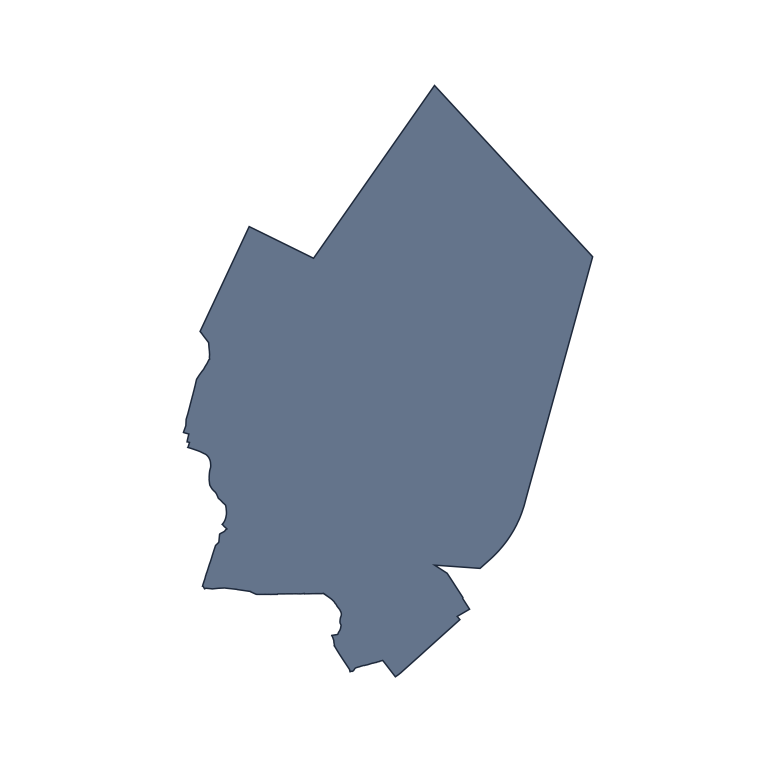 outline of Westvoorne, Zuid-Holland, Netherlands, rotated 126°
{"feature_id": "6326949B61212698350093", "entity_name": "Westvoorne", "entity_type": "district", "adm_level": 2, "iso_a3": "NLD", "parent_name": "Netherlands", "parent_adm1": "Zuid-Holland", "projection": "orthographic", "projection_center": [4.123, 51.889], "detail": "fine", "context": "isolated", "style": "filled", "palette": "slate", "viewbox_px": 768, "rotation_deg": 126, "n_neighbors": 0, "source": "geoboundaries", "source_scale": "gbopen_adm2", "svg_char_len": 5895}
<svg xmlns="http://www.w3.org/2000/svg" viewBox="0 0 768 768"><g transform="rotate(126 384 384)"><path d="M614.2,202.7L610.5,201.4L608.9,201.0L607.6,200.6L606.5,200.4L579.1,194.5L574.6,193.6L530.0,184.1L529.0,188.2L515.9,182.4L511.3,194.2L510.4,194.6L502.4,215.3L500.3,220.9L500.0,221.6L500.8,236.5L498.8,233.4L476.7,197.9L462.8,194.9L460.3,194.4L457.9,194.0L455.3,193.6L451.5,193.1L450.1,193.0L445.3,192.6L440.1,192.4L437.6,192.4L434.5,192.5L432.3,192.6L431.0,192.7L429.6,192.8L428.3,192.9L426.0,193.1L423.0,193.5L420.1,193.9L417.2,194.5L414.9,194.9L412.6,195.4L410.3,196.0L408.0,196.6L405.7,197.3L403.5,198.0L401.2,198.7L399.0,199.5L392.8,201.9L381.7,206.1L350.4,217.8L337.6,222.6L330.9,225.1L328.7,225.9L302.9,235.6L226.0,264.5L158.4,290.0L147.0,347.3L112.8,518.6L323.7,514.9L335.9,585.6L419.3,569.5L424.1,568.6L449.6,563.7L450.0,562.2L449.9,562.2L450.0,561.8L450.1,561.4L450.3,561.0L450.5,560.5L451.5,557.3L453.0,552.2L453.2,551.6L453.5,550.6L453.5,550.4L453.7,550.1L454.1,549.8L456.4,547.8L456.8,547.5L458.7,545.8L460.6,544.1L460.9,543.9L462.7,542.4L463.8,541.7L465.1,540.9L465.3,540.7L466.4,539.7L466.6,539.6L467.1,539.9L467.5,539.9L471.5,539.2L473.6,539.1L475.8,538.9L477.8,538.6L478.3,538.6L479.1,538.6L480.7,538.7L483.4,538.7L483.7,538.7L484.1,538.7L485.3,538.7L488.9,538.5L490.3,538.4L490.9,538.2L496.7,535.7L497.8,535.3L500.4,534.2L502.8,533.3L505.4,532.2L506.1,532.0L507.4,531.5L508.3,531.1L510.5,530.3L511.4,529.9L513.8,529.0L514.5,528.7L517.5,527.5L518.8,527.0L522.9,525.4L523.3,525.2L524.6,524.8L528.9,523.3L534.2,519.8L541.1,517.8L541.1,517.7L540.5,516.0L539.5,513.4L539.4,512.9L539.2,512.5L545.2,510.0L546.6,509.3L546.3,508.8L545.6,507.0L548.8,505.9L550.4,505.4L550.6,505.4L549.7,502.8L549.1,500.9L548.9,500.3L548.5,499.0L547.2,494.7L547.1,494.1L546.8,493.2L546.4,490.7L546.2,489.6L546.1,488.9L545.8,487.6L545.7,486.8L545.7,486.0L545.9,484.6L546.1,483.9L546.3,483.1L546.6,482.4L547.0,481.5L547.4,480.9L547.8,480.2L548.3,479.5L548.9,478.8L549.4,478.3L551.5,476.5L552.3,475.9L553.0,475.5L553.7,475.1L554.3,474.9L555.2,474.6L555.6,474.4L556.7,474.0L557.4,473.6L558.7,472.9L560.6,471.7L562.0,470.8L563.0,470.0L564.0,469.4L564.9,468.6L566.2,467.4L567.0,466.7L567.7,466.0L568.1,465.6L568.4,465.1L568.6,464.6L569.3,463.1L569.7,462.1L570.0,461.2L570.2,460.5L570.3,459.7L570.5,458.7L570.6,457.5L570.8,456.5L571.1,455.7L571.5,454.7L571.7,454.4L572.5,453.0L573.8,450.9L573.9,450.5L573.9,450.3L573.9,449.4L574.0,448.6L574.1,447.8L574.3,446.7L574.6,445.2L574.8,444.1L574.8,443.4L575.1,441.4L575.2,440.9L575.5,440.5L576.0,440.0L577.6,438.4L577.9,438.2L578.9,437.3L580.3,436.1L580.9,435.7L581.7,435.1L582.2,434.8L584.1,433.9L585.2,433.4L586.4,433.0L587.5,432.7L588.4,432.5L589.0,432.4L590.3,432.3L591.1,432.3L592.7,432.4L592.7,432.1L592.8,431.2L593.2,429.6L593.3,428.6L593.3,428.2L593.6,425.9L594.1,426.1L595.0,426.4L595.4,426.4L595.7,426.4L596.0,426.4L596.5,426.4L597.3,426.6L598.2,427.0L600.2,428.0L601.0,428.4L601.5,428.6L601.8,428.7L602.1,428.7L602.4,428.6L602.7,428.4L603.9,427.7L608.6,424.9L609.0,424.7L609.3,424.7L609.6,424.7L610.4,424.8L613.2,425.3L613.5,425.3L614.0,425.3L614.5,425.1L618.9,423.7L623.1,422.3L623.8,422.1L624.2,421.9L627.4,420.8L627.8,420.7L628.3,420.5L629.2,420.2L632.0,419.4L632.5,419.3L633.2,419.0L634.8,418.5L637.1,417.7L639.0,417.1L640.5,416.6L640.8,416.5L641.1,416.5L641.4,416.4L641.8,416.3L642.8,415.9L644.2,415.5L646.3,414.6L647.5,414.2L648.9,413.8L652.3,412.7L654.1,412.0L654.0,411.9L654.3,410.7L654.5,410.3L655.2,408.8L653.9,408.0L651.0,403.1L650.9,402.7L646.6,397.9L642.6,392.9L642.1,391.9L636.6,382.3L636.6,382.0L632.4,374.0L630.3,370.0L630.5,369.7L629.3,363.9L628.8,363.0L627.6,361.3L625.4,358.3L624.2,356.7L622.7,354.6L621.8,353.4L620.8,351.9L619.4,350.1L616.8,346.5L616.1,346.4L612.8,341.8L612.3,341.1L611.2,339.7L608.0,335.3L605.5,332.0L604.1,329.9L603.8,329.5L603.4,329.0L603.3,328.7L602.4,327.6L601.9,327.0L601.7,326.7L601.4,326.5L601.2,326.4L601.0,326.2L600.7,325.7L600.4,325.5L600.7,325.1L600.4,324.8L600.1,324.5L599.1,323.1L598.4,322.2L597.5,321.0L596.3,319.4L596.1,319.2L594.1,316.5L593.0,315.0L590.1,311.0L589.0,310.0L589.1,309.7L589.1,309.4L589.1,308.9L589.0,307.8L588.9,307.9L588.9,306.5L589.0,306.5L588.9,304.2L588.9,303.3L588.9,301.8L588.9,301.0L589.0,299.1L589.2,298.1L589.3,297.1L589.5,296.2L589.6,295.9L589.7,295.7L589.9,295.5L590.3,294.1L590.3,293.9L590.3,293.7L590.5,293.2L590.7,292.7L591.4,291.3L592.3,288.1L592.4,287.7L592.6,287.1L593.0,286.4L593.4,285.6L593.8,284.8L594.1,284.5L594.3,284.1L594.7,283.7L595.3,283.2L595.9,282.8L596.2,282.6L596.5,282.5L598.1,282.0L598.6,281.9L599.2,281.6L600.4,281.0L601.1,280.6L601.7,280.2L602.1,280.0L602.4,279.7L602.7,279.5L603.0,279.2L603.4,278.7L604.0,277.5L604.1,277.3L604.3,277.1L604.5,276.9L604.7,276.7L604.9,276.6L605.2,276.5L607.3,275.5L607.8,275.3L608.3,275.2L608.8,275.0L609.2,275.0L609.6,274.9L611.5,274.8L612.1,274.7L612.5,274.6L613.4,274.3L613.6,274.3L613.8,274.4L614.1,274.5L616.0,276.4L617.5,277.9L617.6,278.0L618.1,278.5L618.3,278.4L618.2,278.2L618.3,277.9L619.3,276.3L620.1,275.2L620.7,274.3L621.0,273.9L621.3,273.6L622.2,272.9L622.8,272.3L625.1,269.9L625.2,270.0L625.3,269.6L627.2,265.1L628.9,260.9L630.7,256.2L631.9,253.0L632.3,251.9L634.8,245.2L635.1,244.4L635.4,243.9L635.5,243.7L636.0,243.3L636.1,243.1L636.5,242.7L636.7,242.3L636.1,242.2L635.6,241.5L635.2,240.8L634.6,240.5L633.9,240.2L633.3,240.2L632.6,240.2L631.7,240.3L631.2,240.3L630.5,240.1L629.8,239.7L629.0,239.1L628.6,238.8L628.0,238.4L627.8,238.1L626.7,237.3L625.2,236.3L625.1,236.1L624.0,235.4L623.9,235.3L623.4,234.5L623.3,234.4L622.2,233.6L621.7,233.1L621.2,232.6L620.9,232.4L620.7,232.2L619.9,231.6L619.3,231.2L616.5,229.1L616.1,228.6L614.8,227.6L613.6,226.4L613.4,226.3L612.9,226.1L612.4,225.7L612.1,225.4L611.5,224.8L611.4,224.7L611.1,224.6L610.9,224.4L610.7,224.4L610.1,224.0L609.9,223.8L609.3,223.3L609.1,223.1L608.4,222.6L609.3,219.3L614.2,202.7Z" fill="#64748b" stroke="#1e293b" stroke-width="1.5"/></g></svg>